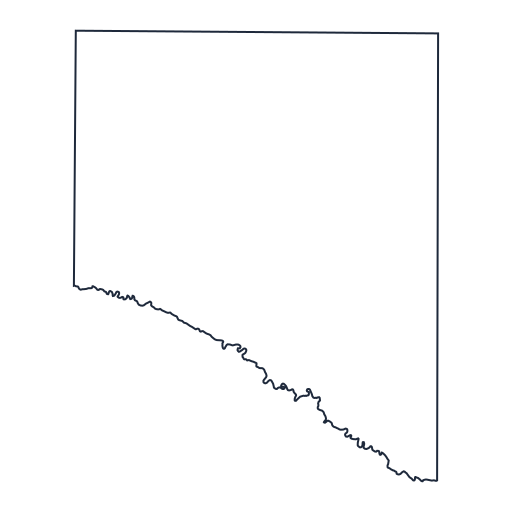 the district of Caleu Caleu, La Pampa, Argentina
{"feature_id": "61730980B9086176864437", "entity_name": "Caleu Caleu", "entity_type": "district", "adm_level": 2, "iso_a3": "ARG", "parent_name": "Argentina", "parent_adm1": "La Pampa", "projection": "equal_earth", "projection_center": [-63.891, -38.789], "detail": "fine", "context": "isolated", "style": "outline", "palette": "slate", "viewbox_px": 512, "rotation_deg": 0, "n_neighbors": 0, "source": "geoboundaries", "source_scale": "gbopen_adm2", "svg_char_len": 6099}
<svg xmlns="http://www.w3.org/2000/svg" viewBox="0 0 512 512"><path d="M438.1,33.4L75.8,30.7L73.9,285.7L74.4,285.5L76.0,286.3L77.8,286.5L78.3,287.0L78.8,288.2L79.2,288.8L79.8,289.3L80.7,289.7L82.6,289.2L83.9,289.2L86.4,288.9L88.4,288.2L91.1,288.2L91.9,287.9L92.4,286.8L92.5,286.3L92.9,286.2L95.0,287.3L96.0,288.1L97.3,289.7L98.1,290.0L98.8,289.9L99.4,289.2L100.1,289.0L102.1,289.4L103.2,289.9L104.4,291.4L105.7,291.8L106.1,292.1L106.2,292.4L106.8,293.8L107.3,294.1L108.2,294.2L108.5,293.7L108.7,292.6L109.4,291.3L110.0,291.0L110.5,291.1L111.9,292.0L112.3,293.0L112.7,294.0L112.6,295.0L112.9,296.0L113.5,295.9L114.3,295.6L115.8,293.4L116.2,292.3L117.2,291.6L117.8,291.7L118.7,292.0L119.1,292.8L119.1,293.6L118.9,294.5L117.6,296.5L117.7,296.9L118.8,297.7L119.7,297.9L120.8,297.7L122.2,296.9L123.0,297.1L123.4,297.5L123.3,298.6L123.4,299.0L123.6,299.3L124.5,299.4L125.5,299.2L126.9,297.7L127.2,296.0L127.5,295.6L128.3,295.9L129.2,297.0L129.4,297.4L129.7,297.7L130.0,298.7L130.3,299.1L131.0,299.0L131.8,298.5L132.2,297.7L132.3,296.6L132.6,295.8L133.2,295.9L133.9,296.5L134.2,297.2L134.4,298.5L134.3,299.1L134.9,300.2L136.9,301.2L137.4,302.0L137.8,303.2L138.8,304.7L140.6,305.5L142.5,305.7L143.8,305.3L145.0,304.4L145.8,303.7L147.9,302.7L149.9,301.6L150.5,301.8L151.2,302.6L151.3,303.5L151.1,305.1L151.6,305.9L152.3,306.5L153.6,307.2L154.3,307.8L155.0,308.6L156.2,309.1L158.1,309.4L159.1,309.3L160.0,308.9L160.5,309.1L162.1,310.4L164.2,311.3L166.2,312.3L167.8,312.8L168.5,312.8L169.4,312.6L170.4,312.6L171.6,313.9L174.3,315.5L176.4,316.3L177.0,316.8L177.8,318.7L178.3,319.6L179.1,320.1L182.3,321.0L184.0,322.7L186.0,323.2L186.8,323.6L190.0,325.9L192.0,326.9L195.1,329.0L195.9,329.3L197.2,328.7L198.1,328.7L199.1,329.3L199.9,331.2L200.5,331.6L201.2,331.5L202.1,331.1L203.1,331.2L205.9,333.2L207.4,333.9L208.8,334.3L210.5,335.2L211.6,336.7L213.0,337.9L214.6,339.2L215.6,339.7L216.9,340.1L220.4,340.3L221.9,340.5L222.8,340.9L223.2,341.6L223.1,342.2L222.4,343.3L222.5,344.3L222.4,345.8L222.7,347.4L223.0,348.1L223.4,348.6L224.0,348.8L224.8,348.3L225.3,347.1L226.7,344.9L227.6,344.3L230.0,344.5L232.2,345.3L233.1,345.3L236.1,344.5L237.8,344.5L238.6,344.7L239.5,345.2L240.3,346.0L240.5,347.1L239.8,348.3L237.9,348.3L237.5,350.0L238.0,351.0L238.9,351.8L239.9,351.5L242.3,349.9L243.2,349.0L244.2,348.5L245.1,348.6L245.8,349.0L246.3,349.9L246.3,350.6L245.9,351.8L245.3,352.9L244.3,353.7L243.0,354.4L242.5,354.9L242.5,356.0L242.6,357.0L243.1,357.5L243.8,358.9L244.3,359.3L245.0,359.3L245.8,359.2L246.4,359.6L247.1,360.4L247.6,360.4L248.2,360.1L249.0,360.1L251.5,361.2L253.6,361.8L255.2,362.6L255.7,362.7L256.5,363.3L256.5,364.1L256.3,366.0L256.6,366.6L258.1,367.2L259.3,368.0L259.9,368.1L261.4,368.1L262.6,368.3L263.5,369.0L264.2,369.8L265.1,372.2L266.0,373.7L266.3,374.7L266.5,375.5L266.5,376.1L266.1,377.2L263.9,379.9L263.4,380.8L263.5,382.2L264.4,383.1L265.6,383.3L266.9,382.7L268.3,381.1L269.6,380.1L270.4,380.1L271.1,380.4L271.8,381.3L272.2,382.1L273.1,383.7L273.8,386.6L273.9,387.4L274.3,388.0L275.3,388.6L276.1,389.0L277.0,388.9L277.7,388.1L278.4,387.7L279.3,387.4L280.2,387.5L281.0,387.9L281.9,388.7L282.8,389.0L283.6,389.0L284.4,388.5L284.7,387.8L284.5,387.4L284.2,387.1L283.0,386.7L281.8,387.0L281.2,386.5L281.1,385.9L281.4,385.1L281.9,384.2L282.9,383.6L283.8,383.8L285.1,385.0L286.1,386.2L287.1,388.5L287.2,389.0L287.8,390.0L288.3,390.3L289.4,390.4L291.0,390.0L291.5,389.6L292.2,389.3L292.6,389.3L293.0,389.6L293.4,390.4L293.6,391.7L294.3,392.8L295.9,394.5L296.1,395.2L296.0,395.7L295.2,397.2L294.7,398.9L294.7,400.4L294.9,400.7L295.2,400.8L295.9,400.8L296.2,400.6L296.8,399.8L300.1,396.7L303.4,395.7L304.8,395.9L305.6,395.7L306.1,395.9L306.7,395.8L307.3,395.4L308.3,395.3L308.7,394.8L308.9,394.0L308.9,392.4L308.6,392.0L307.1,391.3L306.8,390.5L307.1,389.6L307.4,389.2L308.3,389.0L309.0,389.0L309.9,389.6L311.9,394.3L312.4,396.3L313.5,397.7L314.9,398.0L316.0,397.7L316.7,398.0L317.7,397.4L319.1,397.2L319.7,397.9L320.0,400.4L319.4,401.2L318.7,401.6L318.1,403.4L318.4,404.9L318.3,406.1L317.8,407.0L317.7,408.1L318.2,409.1L319.9,410.0L322.0,410.6L323.2,411.7L323.6,412.2L324.1,413.6L324.3,414.5L325.0,415.4L325.3,416.0L325.7,417.1L326.0,418.6L325.7,419.9L324.2,421.6L323.9,422.2L324.3,422.6L325.0,422.7L326.5,421.6L327.2,420.8L328.3,420.7L330.0,421.6L331.4,422.7L331.8,423.3L332.1,424.7L332.5,425.6L333.5,426.6L334.5,427.1L335.6,427.3L336.3,427.8L338.6,428.8L338.9,429.1L339.7,429.5L340.6,429.7L343.1,429.6L344.5,429.1L345.4,428.6L346.5,428.8L346.9,429.0L347.2,429.4L347.3,429.8L347.4,430.4L347.3,431.7L347.1,432.1L346.7,432.7L345.5,433.5L345.1,434.4L345.1,435.0L345.5,435.9L346.1,436.6L347.4,436.7L350.1,435.2L350.8,435.1L351.3,435.9L350.7,437.2L350.5,437.4L350.5,437.7L350.7,438.1L351.6,438.7L352.6,438.9L353.1,439.1L355.9,439.3L357.5,438.6L358.2,438.4L358.6,438.9L357.8,442.7L357.7,445.2L358.0,445.9L359.3,447.0L360.0,447.4L361.1,447.2L361.5,446.9L362.0,446.4L362.5,445.1L362.6,442.9L362.8,442.2L363.7,442.1L364.1,443.1L364.2,443.9L364.0,445.1L363.6,446.4L363.7,447.8L364.6,448.6L365.1,448.8L366.5,449.0L368.6,448.1L369.8,447.1L370.4,446.3L371.0,446.2L371.7,446.7L372.1,448.1L372.2,449.0L372.5,449.9L373.6,450.7L375.1,451.6L376.3,451.6L377.1,450.8L378.3,450.9L379.1,451.3L379.4,453.4L379.8,454.6L380.6,454.8L381.3,454.2L381.4,453.3L381.7,452.6L382.4,452.8L383.6,453.8L385.2,455.4L386.5,457.2L387.6,459.1L388.3,459.9L388.7,460.6L388.1,464.2L387.8,464.7L387.5,465.7L387.6,467.2L387.8,467.5L388.3,467.8L389.0,468.0L389.9,468.5L391.4,469.6L392.2,469.9L392.7,470.3L393.5,470.4L394.2,470.7L394.7,471.2L395.4,471.4L396.1,471.8L396.4,472.2L396.5,472.8L396.5,473.1L396.7,473.8L397.4,474.2L398.9,474.5L400.0,474.1L400.5,473.9L402.3,472.1L403.8,471.3L404.9,471.8L405.3,472.4L406.6,473.2L407.5,474.5L409.5,477.2L411.6,478.6L413.1,480.3L413.9,480.5L414.3,480.4L414.6,480.1L414.9,479.3L415.0,477.8L415.1,477.3L415.3,477.0L415.7,477.0L416.2,477.4L418.1,478.0L419.9,479.5L421.0,480.7L421.5,481.0L422.2,481.3L422.7,481.2L422.9,480.7L423.2,480.2L424.8,479.7L425.9,479.5L426.9,479.6L431.8,480.6L433.9,480.3L435.8,480.8L436.3,480.8L436.8,480.6L437.1,480.4L438.1,33.4Z" fill="none" stroke="#1e293b" stroke-width="2"/></svg>